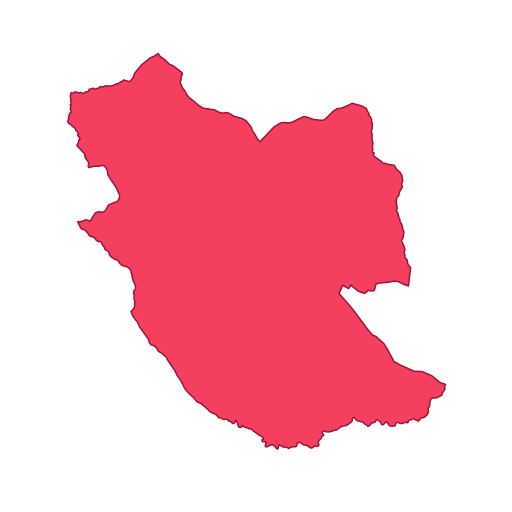 the district of Macanal, Boyacá, Colombia, rotated 97°
{"feature_id": "7082276B95267343444415", "entity_name": "Macanal", "entity_type": "district", "adm_level": 2, "iso_a3": "COL", "parent_name": "Colombia", "parent_adm1": "Boyacá", "projection": "mercator", "projection_center": [-73.296, 4.981], "detail": "fine", "context": "isolated", "style": "filled", "palette": "rose", "viewbox_px": 512, "rotation_deg": 97, "n_neighbors": 0, "source": "geoboundaries", "source_scale": "gbopen_adm2", "svg_char_len": 6094}
<svg xmlns="http://www.w3.org/2000/svg" viewBox="0 0 512 512"><g transform="rotate(97 256 256)"><path d="M243.9,437.1L249.7,433.3L250.4,432.3L251.2,428.9L254.3,425.2L255.9,424.2L256.5,423.2L257.2,419.2L257.8,418.2L259.5,416.8L260.6,415.1L260.9,413.5L260.6,412.4L261.1,411.3L264.2,409.4L266.0,407.4L267.4,407.1L268.2,406.1L268.8,404.3L269.4,403.4L271.3,401.8L272.5,401.8L274.5,399.7L276.5,395.7L277.0,392.5L278.0,391.6L279.1,391.2L281.3,388.5L282.2,385.5L282.2,383.9L282.7,382.2L283.1,381.2L285.0,379.0L285.9,378.3L287.3,378.1L289.4,377.0L294.6,375.4L299.3,372.6L301.5,371.7L303.6,371.8L305.2,372.8L306.9,373.2L310.4,372.0L313.1,371.9L315.7,370.9L321.3,370.3L323.8,371.4L326.4,373.3L329.8,371.5L333.9,368.0L335.5,366.0L340.6,362.9L351.6,352.7L355.2,351.1L356.9,349.4L357.4,346.4L359.6,343.4L362.6,341.1L363.7,338.4L365.0,336.0L366.3,334.5L367.1,332.8L369.8,331.2L379.9,322.4L384.3,319.6L389.2,315.2L395.3,311.1L397.5,309.3L400.8,305.6L404.5,300.2L408.0,296.8L409.2,292.5L414.0,285.3L415.9,283.2L416.9,280.9L418.2,276.5L421.1,273.1L421.1,270.8L421.7,269.9L422.2,267.8L421.5,266.1L421.5,264.8L423.1,263.2L423.3,261.2L425.2,258.5L424.4,257.0L421.8,256.2L421.7,255.7L424.2,254.0L427.7,252.5L428.0,251.3L427.9,249.9L427.5,249.4L426.1,249.2L425.8,248.7L427.3,246.5L427.7,243.3L428.3,242.3L428.3,239.2L430.0,237.4L433.5,230.8L434.4,228.3L435.7,226.6L436.6,226.1L437.7,227.6L438.7,227.6L439.5,226.8L439.3,224.2L439.9,223.2L443.0,223.7L444.0,223.5L444.2,223.1L444.0,221.7L442.1,219.1L441.3,217.2L441.9,215.0L444.8,211.9L444.9,211.0L443.9,210.5L441.1,210.4L440.7,210.1L440.6,209.6L442.3,205.6L442.4,204.5L441.9,202.6L442.9,200.3L442.9,199.7L442.0,198.9L440.8,196.0L440.5,193.4L439.5,192.4L437.7,192.5L437.0,192.2L436.4,191.8L435.7,190.3L436.0,188.6L437.7,185.9L437.7,182.9L438.1,181.8L439.8,178.7L439.8,177.2L437.4,174.2L437.6,172.3L437.4,171.6L436.6,170.6L435.2,170.7L433.2,171.6L432.4,171.4L431.2,170.8L429.6,169.4L426.9,168.6L426.0,167.1L425.6,167.0L423.8,168.4L422.7,168.7L421.7,168.1L421.2,166.6L421.9,164.9L421.9,163.0L420.9,159.5L419.6,157.6L418.9,154.9L414.9,150.7L413.8,148.1L413.2,145.5L409.0,140.9L407.4,140.4L405.3,140.4L404.4,139.7L404.3,138.9L406.5,136.5L407.3,134.8L407.9,129.6L409.5,127.8L410.0,126.1L411.5,124.1L410.4,122.5L407.7,120.8L406.7,117.9L404.2,116.7L403.7,115.6L405.5,112.4L407.7,110.9L408.2,110.1L407.9,109.3L405.3,107.0L405.0,105.9L405.2,105.3L407.4,103.7L408.3,102.4L408.4,101.3L407.7,97.3L405.1,96.7L404.3,96.4L403.9,95.6L403.9,94.9L404.7,92.3L404.2,89.9L402.6,87.2L403.2,85.6L402.5,84.7L401.4,84.8L400.8,84.4L398.1,79.5L399.2,78.0L399.4,76.3L400.0,75.2L399.8,74.3L396.7,72.5L395.5,69.1L392.1,66.4L389.0,65.8L386.5,66.8L384.2,65.4L379.8,65.6L376.7,65.0L375.9,64.5L375.6,63.8L374.7,59.2L371.7,54.9L371.1,54.5L369.1,54.5L367.7,53.4L365.5,52.4L364.8,52.3L362.6,52.9L360.6,52.2L360.1,53.0L359.5,56.9L358.8,58.6L354.0,65.9L353.1,67.9L350.5,76.9L351.1,85.1L346.1,101.2L344.8,103.3L344.4,105.3L343.8,106.3L333.2,113.7L327.5,118.3L321.2,127.1L320.4,130.5L319.4,131.7L315.6,135.8L298.4,152.2L293.2,157.6L283.1,169.0L274.6,166.4L277.0,160.1L273.2,158.2L274.6,156.5L278.4,150.2L279.1,147.9L279.8,143.9L279.1,142.6L276.6,140.7L276.5,135.9L275.7,134.3L269.5,133.6L268.0,131.2L266.0,121.6L264.3,116.5L264.0,113.1L264.1,111.6L266.4,105.0L267.1,101.1L248.7,101.1L246.8,103.2L244.9,104.6L241.4,105.5L240.6,106.5L240.5,107.2L238.6,108.1L236.4,108.4L234.5,109.6L232.4,109.0L231.2,109.1L229.2,109.8L223.2,113.4L222.2,113.3L219.9,112.2L214.1,112.1L212.1,113.3L206.6,115.3L203.8,117.5L202.5,117.5L200.3,118.9L196.2,120.5L193.5,122.3L191.3,121.6L186.1,123.3L180.8,123.4L178.7,121.7L175.0,121.4L169.6,119.1L166.9,120.3L163.4,119.5L158.3,121.1L155.8,122.9L154.3,124.7L153.1,126.8L149.1,129.8L148.9,136.8L148.3,139.2L148.4,141.7L147.1,142.7L142.6,151.0L141.2,151.7L139.5,151.2L138.7,153.2L136.5,153.1L133.6,153.5L132.5,154.0L130.4,153.5L125.0,155.3L121.3,155.5L118.9,156.6L117.9,156.7L115.8,156.3L111.4,156.5L109.8,156.9L108.4,157.7L106.7,157.9L104.1,159.3L102.7,161.1L100.7,161.3L98.4,163.4L96.8,163.9L95.9,165.0L94.1,169.6L92.7,179.1L97.2,186.0L99.2,190.1L99.8,193.3L102.4,196.6L112.1,204.3L113.3,206.7L113.5,215.3L111.8,223.4L111.9,225.9L119.3,237.3L120.1,242.0L120.0,244.5L120.8,247.3L122.4,249.8L125.9,254.0L142.1,266.0L139.9,268.7L135.2,272.0L132.6,274.5L129.2,276.2L127.7,277.4L123.1,282.2L121.2,286.4L119.9,295.2L118.3,298.3L117.2,301.6L117.2,302.8L118.3,306.7L117.7,310.8L116.0,315.0L115.7,326.5L113.4,331.3L106.9,341.6L104.5,344.2L100.6,346.9L98.5,349.2L93.4,352.2L92.5,352.4L90.3,351.9L87.2,352.1L84.1,351.2L82.8,352.2L77.6,360.9L76.8,362.8L76.4,365.1L72.5,370.1L69.7,375.3L67.1,377.8L68.7,380.1L69.7,380.7L71.6,384.1L72.8,385.7L80.1,392.8L89.4,398.7L94.2,399.7L98.2,402.5L98.2,403.9L97.4,408.9L98.7,409.7L99.7,411.8L100.7,412.4L102.1,414.7L102.1,415.4L104.4,418.9L105.0,420.8L105.5,426.4L106.8,428.2L106.9,431.3L108.4,432.6L109.7,435.3L109.9,436.8L109.4,437.5L109.5,438.9L110.6,440.3L110.6,441.7L113.1,442.4L114.1,445.6L114.7,445.9L115.9,447.5L116.0,447.9L115.0,449.3L115.0,450.2L115.8,452.1L115.2,453.8L115.4,456.2L116.5,457.3L116.8,458.3L116.4,459.3L119.0,459.8L120.4,459.7L122.5,458.8L123.3,459.1L123.8,458.8L125.5,458.6L126.6,458.2L127.0,457.6L127.8,457.5L128.4,458.7L128.8,458.8L130.2,458.0L132.8,458.2L134.6,457.0L136.0,456.9L137.2,458.5L138.3,458.3L140.4,458.9L141.3,458.5L141.7,458.9L143.6,458.8L145.2,459.4L147.2,457.9L148.7,454.9L149.6,454.1L151.2,451.2L153.2,450.2L155.2,447.6L156.1,447.2L157.5,447.8L158.3,447.5L159.2,446.7L159.4,445.8L160.5,445.5L161.4,444.8L162.5,446.0L164.6,446.0L166.6,446.9L168.3,447.1L173.3,441.3L175.2,438.7L176.4,438.4L177.3,437.7L178.0,437.9L178.7,437.6L180.6,436.3L182.8,434.2L184.1,433.4L187.3,433.4L188.1,433.3L188.6,432.7L186.8,428.0L186.0,422.9L184.9,419.9L184.8,418.3L186.3,416.1L188.7,414.4L190.5,413.6L193.5,412.9L199.1,408.4L203.1,404.7L206.6,402.1L210.1,400.2L211.3,399.2L213.1,398.7L215.1,398.7L218.6,400.1L221.8,406.1L223.5,408.7L228.4,410.5L230.1,411.7L231.4,413.7L231.1,415.8L231.6,418.5L232.9,420.8L241.0,424.5L241.5,424.9L240.9,428.3L241.0,429.9L242.8,432.7L243.9,437.1Z" fill="#f43f5e" stroke="#9f1239" stroke-width="1.5"/></g></svg>